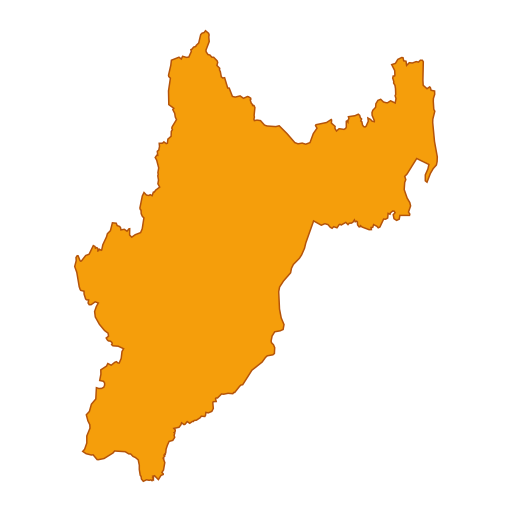 outline of Amparafaravola, Alaotra-Mangoro, Madagascar
{"feature_id": "10022922B80147144228565", "entity_name": "Amparafaravola", "entity_type": "district", "adm_level": 2, "iso_a3": "MDG", "parent_name": "Madagascar", "parent_adm1": "Alaotra-Mangoro", "projection": "equal_earth", "projection_center": [48.36, -17.461], "detail": "fine", "context": "isolated", "style": "filled", "palette": "amber", "viewbox_px": 512, "rotation_deg": 0, "n_neighbors": 0, "source": "geoboundaries", "source_scale": "gbopen_adm2", "svg_char_len": 5986}
<svg xmlns="http://www.w3.org/2000/svg" viewBox="0 0 512 512"><path d="M391.7,64.6L394.7,70.6L394.9,74.9L394.6,76.0L393.2,76.0L392.7,78.1L393.8,81.6L393.6,83.0L395.0,85.4L395.5,88.7L395.7,94.4L395.1,95.7L396.0,98.6L395.2,103.0L390.6,100.8L387.5,102.8L386.0,102.7L383.5,102.0L380.7,99.3L377.9,100.4L375.9,103.7L375.6,107.3L372.8,110.3L372.0,112.5L372.1,115.3L374.4,120.8L374.3,121.7L372.1,121.2L370.6,119.5L367.9,118.0L368.3,121.2L366.1,126.2L365.0,127.0L363.7,126.6L362.5,125.0L361.9,121.8L360.8,120.9L361.6,119.0L360.3,117.7L359.7,115.4L358.3,114.2L355.0,115.7L348.4,116.7L348.9,118.6L348.0,120.2L347.9,122.0L347.1,120.8L346.3,121.3L346.3,127.2L345.6,128.4L344.0,129.4L339.1,128.7L336.5,131.0L334.9,128.4L335.1,126.4L331.4,123.1L331.6,120.0L331.2,119.5L326.6,122.5L316.0,124.7L315.5,125.6L317.0,128.2L313.3,133.6L310.0,142.6L305.7,144.2L302.2,143.1L298.0,143.8L294.8,142.6L286.9,133.5L279.2,125.8L275.8,126.6L267.1,126.0L264.5,125.1L260.5,120.6L257.0,120.1L254.4,120.6L253.9,119.1L254.4,117.1L254.1,115.4L254.9,107.6L254.0,105.6L252.6,105.5L252.7,104.7L251.3,103.3L250.2,99.9L250.8,99.4L250.7,98.2L248.6,96.8L247.5,96.5L243.5,98.3L240.1,95.9L235.2,97.1L232.4,96.4L229.2,88.1L227.7,88.0L224.6,77.7L222.7,78.0L221.3,76.8L220.3,71.5L219.5,70.0L219.7,68.3L216.9,65.4L217.7,62.4L217.1,60.8L213.7,57.3L211.8,57.2L210.0,55.1L207.9,54.5L206.1,51.7L206.0,50.0L209.2,41.6L208.8,36.9L209.1,34.9L208.6,33.3L205.5,30.7L204.2,32.5L202.0,33.2L200.7,34.6L198.7,43.0L196.2,45.4L195.7,46.5L193.6,47.1L191.9,49.2L190.9,49.6L191.3,51.5L188.8,57.1L186.4,57.4L182.6,56.3L181.3,59.0L179.0,57.2L171.4,60.2L170.8,65.3L168.5,75.3L168.8,76.6L170.4,78.2L168.5,90.9L168.8,104.6L173.8,108.3L172.8,109.6L174.7,113.3L175.3,117.1L176.5,119.6L172.2,126.7L171.8,128.1L172.4,129.7L171.3,131.4L171.1,136.3L167.9,139.1L167.4,143.2L166.2,143.6L163.9,141.9L162.5,143.2L159.2,143.3L159.5,146.4L158.8,150.0L157.3,151.3L157.7,155.3L156.9,155.1L155.2,157.5L156.7,160.2L158.7,167.9L157.9,172.6L158.2,174.5L157.8,175.8L158.5,180.1L157.9,183.8L159.7,187.1L155.7,190.1L154.3,192.1L153.4,192.1L152.1,195.7L150.2,194.7L148.9,195.5L146.5,195.1L144.0,192.5L142.3,196.0L139.9,208.0L140.3,209.6L141.0,210.1L141.2,213.7L142.4,216.4L143.9,217.9L142.2,228.9L140.6,232.6L135.2,234.7L131.7,237.2L129.6,235.0L129.7,228.7L129.0,228.8L127.0,231.2L124.3,229.3L120.9,229.9L120.6,227.8L119.7,226.5L117.2,225.6L116.2,223.2L112.4,222.8L110.4,230.7L107.4,233.7L106.5,236.9L102.8,244.8L101.7,250.0L101.2,250.3L99.3,249.2L98.6,250.7L97.8,250.9L98.0,249.2L97.4,248.1L96.7,247.6L95.4,248.2L95.0,246.5L93.3,245.6L89.1,254.2L85.7,255.5L81.4,261.0L80.6,261.2L80.0,260.6L78.1,255.8L77.2,255.7L76.0,257.5L76.2,260.7L74.7,266.5L76.8,272.4L79.2,286.7L80.2,289.6L80.8,290.4L84.0,291.2L84.1,294.2L85.6,298.9L86.5,299.8L88.6,299.9L88.1,303.0L89.2,304.7L91.1,304.7L95.2,301.8L98.3,303.0L96.3,306.6L94.6,311.5L95.3,317.0L99.4,324.3L104.5,330.5L108.1,333.2L108.5,336.2L106.2,338.0L107.3,339.9L108.4,340.9L110.5,341.2L111.9,342.5L112.2,343.6L111.6,344.6L112.9,345.8L118.2,346.2L123.6,348.7L122.0,351.5L121.2,358.4L119.2,363.1L118.0,363.0L116.4,361.7L114.8,362.3L111.2,365.2L107.8,363.5L106.5,366.1L100.8,369.8L100.9,374.2L99.7,380.5L103.5,381.3L104.6,383.0L104.6,385.2L103.8,387.2L101.7,388.4L98.8,388.5L96.4,387.7L95.8,399.0L91.4,404.2L89.4,411.4L86.3,414.8L87.9,420.8L89.8,424.7L90.0,428.2L86.8,436.0L86.8,443.0L84.6,449.3L82.7,451.4L86.1,453.7L91.3,455.0L93.1,454.8L97.1,459.6L98.3,459.7L104.1,458.5L113.1,452.9L114.6,451.0L125.2,451.7L128.8,453.9L130.6,453.9L133.0,456.4L135.4,457.5L138.2,459.8L139.3,465.2L139.3,469.5L140.2,475.2L141.1,476.5L141.4,479.0L143.3,481.3L146.5,479.8L149.2,480.3L150.8,479.9L152.0,480.7L152.8,479.5L153.4,479.9L153.4,478.3L152.7,477.7L153.5,477.1L152.8,476.2L154.5,475.7L158.4,479.6L161.0,475.4L163.2,474.5L163.2,473.8L161.9,472.4L163.5,470.0L164.8,462.6L163.3,458.6L163.7,458.6L163.4,457.7L164.8,456.0L164.0,455.1L165.2,454.4L164.9,453.8L165.7,453.0L166.1,449.1L167.4,445.2L169.1,441.4L172.8,440.4L174.7,437.3L174.1,435.4L174.7,433.3L174.1,432.5L175.0,432.0L175.3,430.0L173.9,428.4L179.0,427.3L180.9,424.8L181.6,422.8L184.0,424.6L185.1,424.2L187.2,421.6L189.7,423.3L192.4,421.4L193.3,421.5L194.1,420.5L196.4,420.2L200.2,417.7L201.3,416.2L204.8,416.5L205.5,415.4L205.9,412.4L208.2,412.9L211.8,411.4L213.3,408.5L212.8,402.7L213.3,401.7L216.2,401.5L215.5,398.7L216.0,398.0L217.5,398.0L221.5,394.0L223.6,394.2L228.1,393.3L232.8,393.7L233.7,392.5L234.7,392.5L239.7,386.2L241.0,385.0L242.7,384.7L251.9,370.2L262.1,362.1L265.5,357.4L267.3,355.8L272.9,354.8L274.4,353.5L274.7,347.7L273.5,344.8L271.5,342.7L271.1,341.0L272.1,336.0L274.7,331.8L280.2,330.8L283.1,329.5L284.0,324.6L281.2,317.9L279.5,309.1L278.7,291.7L279.6,287.0L283.5,281.0L290.6,272.8L291.5,268.2L293.4,264.4L299.4,258.3L301.6,254.9L304.5,248.3L305.8,242.9L313.6,220.9L321.3,225.2L324.9,223.7L328.0,224.6L330.3,227.3L332.1,228.3L333.7,226.7L337.0,227.8L339.2,224.6L340.0,224.3L341.2,225.0L345.8,222.4L348.0,224.6L349.2,223.2L351.5,223.1L353.0,222.1L354.4,219.9L355.2,221.8L356.5,221.2L357.3,221.8L357.6,224.9L359.1,226.9L360.0,226.8L360.5,225.7L362.0,227.0L369.1,229.7L371.4,229.6L371.1,227.5L372.7,227.4L373.6,224.6L376.9,226.3L378.2,227.8L379.9,227.0L383.6,219.1L385.6,219.2L387.7,218.0L388.1,213.4L390.0,214.2L390.5,212.8L392.7,211.0L394.2,211.2L395.1,212.7L393.2,214.7L394.0,218.7L396.6,220.4L399.2,219.2L399.9,215.4L409.5,215.4L409.8,214.1L408.5,212.0L410.6,205.9L409.8,202.6L407.1,198.0L404.2,189.6L404.7,182.4L405.8,179.6L404.7,176.4L406.9,174.2L416.7,158.5L428.9,164.5L427.9,169.0L425.3,174.9L425.3,180.8L427.0,182.2L430.4,173.4L433.2,168.6L436.4,165.0L437.1,161.6L437.3,156.9L434.5,141.5L432.7,122.5L432.8,119.2L434.8,111.2L433.8,109.4L433.3,101.5L433.4,98.5L434.7,94.3L434.6,91.0L431.1,90.3L430.4,87.7L429.7,86.9L427.0,88.7L423.2,85.3L422.9,80.2L423.3,61.8L422.4,60.3L420.4,60.2L418.5,62.1L416.2,61.6L412.4,63.0L409.3,62.7L406.6,65.4L406.0,61.2L403.7,60.8L403.0,57.7L401.7,57.5L397.8,59.4L395.4,63.4L391.7,64.6Z" fill="#f59e0b" stroke="#b45309" stroke-width="1.5"/></svg>